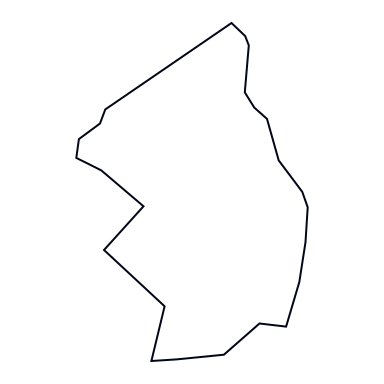 an SVG outline of Flacq
{"feature_id": "MUS-5184", "entity_name": "Flacq", "entity_type": "District", "adm_level": 1, "iso_a3": "MUS", "parent_name": "Mauritius", "parent_adm1": "", "projection": "natural_earth1", "projection_center": [57.71, -20.212], "detail": "fine", "context": "isolated", "style": "outline", "palette": "ink", "viewbox_px": 384, "rotation_deg": 0, "n_neighbors": 0, "source": "natural_earth", "source_scale": "10m", "svg_char_len": 431}
<svg xmlns="http://www.w3.org/2000/svg" viewBox="0 0 384 384"><path d="M231.5,23.0L245.2,36.1L248.8,45.4L244.8,92.4L254.3,107.6L267.0,118.9L278.7,160.4L302.3,191.9L307.7,207.3L305.5,242.2L299.3,282.1L286.1,326.6L259.5,323.5L223.9,354.7L176.5,359.4L151.4,361.0L164.6,306.3L104.0,250.0L143.5,206.3L101.3,170.4L76.3,157.9L77.1,152.1L78.9,139.1L100.0,123.5L105.3,109.4L231.5,23.0Z" fill="none" stroke="#020617" stroke-width="2"/></svg>